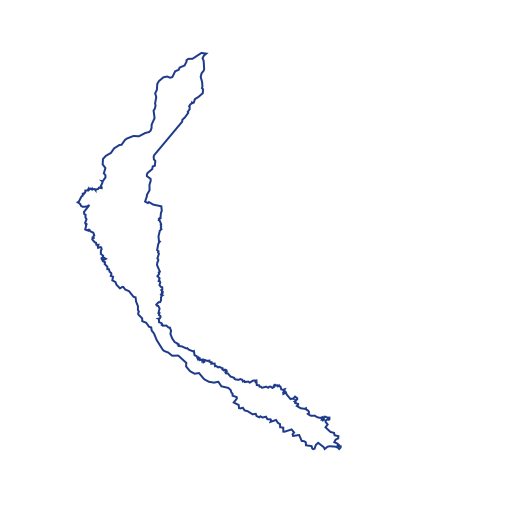 outline of Restrepo, Meta, Colombia, rotated 37°
{"feature_id": "7082276B24108875707183", "entity_name": "Restrepo", "entity_type": "district", "adm_level": 2, "iso_a3": "COL", "parent_name": "Colombia", "parent_adm1": "Meta", "projection": "robinson", "projection_center": [-73.4, 4.296], "detail": "fine", "context": "isolated", "style": "outline", "palette": "blue", "viewbox_px": 512, "rotation_deg": 37, "n_neighbors": 0, "source": "geoboundaries", "source_scale": "gbopen_adm2", "svg_char_len": 6078}
<svg xmlns="http://www.w3.org/2000/svg" viewBox="0 0 512 512"><g transform="rotate(37 256 256)"><path d="M94.5,124.3L90.2,126.7L86.6,136.7L83.3,139.3L82.7,141.5L83.5,142.5L84.3,146.8L81.6,151.5L82.2,153.8L80.3,157.1L81.5,163.5L80.1,165.3L77.1,166.1L74.5,169.0L73.2,174.8L73.6,178.0L76.8,182.9L77.6,186.8L80.7,189.1L83.6,194.9L85.3,196.4L86.5,199.1L86.7,201.5L92.0,206.9L93.6,213.9L95.6,216.7L96.4,219.4L95.9,221.5L93.6,224.3L90.4,230.9L85.9,233.9L82.2,239.9L81.5,242.2L81.7,248.1L80.1,249.6L77.9,255.4L78.1,261.0L75.8,266.4L75.4,270.6L78.4,275.1L82.8,276.4L84.7,281.5L87.1,282.1L88.5,283.8L88.6,288.6L88.0,288.9L88.8,289.0L89.3,290.2L90.1,293.9L91.3,293.9L91.9,294.7L89.5,295.9L89.5,297.7L87.8,299.5L88.2,300.0L86.8,299.6L85.3,301.1L84.8,300.9L85.0,301.6L83.1,301.9L82.8,303.8L81.8,303.0L82.0,305.1L80.3,306.4L81.4,308.2L80.9,309.1L81.2,310.0L80.2,310.6L81.3,312.0L80.8,313.7L81.8,319.2L81.3,320.4L84.2,320.3L86.2,321.3L88.2,320.9L91.1,318.3L92.3,315.6L92.1,324.4L93.6,325.8L95.2,325.7L96.5,327.8L98.5,328.6L99.6,332.4L101.4,332.5L101.2,333.3L102.1,333.9L103.6,337.6L105.8,337.1L106.2,336.1L107.0,336.5L107.4,335.4L108.9,336.0L112.0,335.3L114.4,336.8L114.3,337.9L115.4,339.2L114.4,339.6L115.3,341.3L118.9,342.1L120.2,341.7L121.8,343.1L123.4,341.9L123.8,343.5L125.0,344.5L126.2,342.6L127.2,342.3L128.7,343.6L128.8,344.9L130.8,347.7L133.8,347.8L134.6,349.0L133.9,350.5L134.3,351.2L135.6,351.6L136.4,350.5L136.3,348.8L137.8,348.6L136.8,350.6L137.1,352.3L139.2,351.8L140.0,353.5L143.7,354.0L145.2,356.0L146.5,355.1L148.6,356.7L150.4,356.7L151.4,357.4L152.0,359.3L154.3,358.6L155.9,361.9L159.5,361.4L161.8,362.9L166.8,363.7L168.0,360.9L168.7,360.6L171.8,361.5L175.7,360.5L182.8,362.3L184.7,361.5L187.6,364.5L192.0,367.2L194.2,370.2L195.9,370.9L196.4,372.8L197.5,373.6L202.6,374.3L204.4,376.5L208.4,375.4L213.2,376.9L215.3,376.1L217.5,378.3L221.2,379.3L227.3,382.9L238.0,387.0L240.0,387.1L244.0,385.9L249.0,386.1L253.9,382.3L264.6,383.3L266.7,386.3L272.6,387.7L277.7,387.0L281.0,383.8L288.7,385.6L294.1,384.8L298.7,382.4L301.6,379.1L306.8,380.9L313.3,378.0L316.4,378.3L318.6,379.9L320.1,380.0L321.4,381.7L325.4,380.3L326.5,381.3L326.4,386.4L331.8,385.4L334.0,387.7L335.4,387.0L336.8,385.1L339.8,386.2L342.6,385.0L348.5,384.5L350.8,382.2L352.7,383.5L355.8,382.8L356.0,381.4L358.5,381.0L360.7,378.3L363.3,379.5L365.9,377.7L366.9,378.1L367.4,379.7L370.7,374.9L373.9,376.1L376.3,375.8L378.3,378.2L381.1,376.7L383.5,379.8L384.6,379.1L388.8,373.1L392.6,374.0L392.5,376.3L393.9,377.4L398.2,373.0L403.8,376.2L405.7,375.0L407.9,374.8L409.8,377.1L414.8,374.4L416.6,375.8L417.8,375.9L418.7,374.7L417.5,370.7L418.1,367.8L425.0,367.9L427.0,368.8L427.9,365.3L429.2,363.7L434.1,360.5L436.4,359.8L438.6,360.1L438.8,358.0L438.1,357.0L436.5,358.1L436.0,357.2L435.1,358.0L434.7,356.9L433.8,356.8L430.6,357.6L430.1,354.7L431.4,352.2L430.2,350.3L426.7,351.9L424.8,350.3L421.4,351.7L414.6,351.0L414.6,347.4L411.6,346.7L410.5,345.7L411.8,343.0L412.7,343.0L412.9,342.2L411.9,340.9L410.3,342.1L407.8,342.7L407.6,345.1L408.5,345.6L408.3,347.0L407.5,346.7L407.0,347.2L406.0,344.8L404.8,346.6L402.0,347.9L399.0,348.2L396.0,350.5L394.7,350.8L392.5,350.9L392.9,349.8L392.2,348.7L390.4,348.1L388.4,348.4L387.5,347.5L386.8,348.8L383.3,350.7L378.9,351.2L379.2,349.5L378.7,348.8L375.8,349.8L375.4,349.0L374.6,349.0L375.1,348.3L374.1,347.4L374.9,346.7L375.1,345.5L374.5,344.8L371.8,344.8L371.7,347.8L370.8,348.0L369.7,349.5L364.0,348.2L362.1,347.0L360.9,349.7L359.8,348.6L360.2,346.6L359.3,346.5L359.1,345.2L357.9,346.8L356.4,347.3L354.1,345.5L352.8,346.1L352.2,345.6L351.8,346.9L350.7,346.5L349.9,347.6L348.8,347.3L348.3,347.8L348.5,349.4L349.2,349.7L348.5,351.5L346.3,351.5L345.3,352.4L345.0,353.9L342.8,354.2L340.1,357.6L338.7,357.4L337.5,358.2L336.3,357.4L334.3,358.6L331.5,355.5L331.3,356.8L330.1,356.0L328.6,357.3L327.2,360.9L325.3,361.0L323.0,363.4L321.9,362.8L321.1,364.1L319.5,363.1L317.6,363.7L316.7,365.3L313.9,366.9L312.8,367.1L312.0,366.4L308.1,367.6L304.1,366.7L302.6,367.8L301.5,367.3L301.7,366.4L301.1,365.9L301.7,365.4L301.1,365.0L299.6,365.4L298.9,367.5L298.9,366.7L297.4,366.8L297.0,365.8L293.3,366.7L292.9,367.7L290.3,367.9L289.6,368.7L287.7,366.8L285.1,368.9L284.6,367.6L282.5,368.5L281.7,367.6L280.2,369.1L277.5,369.9L277.3,370.8L278.1,370.4L278.4,371.5L278.0,372.5L276.4,371.1L276.3,372.2L275.3,371.2L274.2,372.5L272.8,371.7L272.9,372.9L271.3,372.0L271.4,373.2L268.9,371.7L266.6,372.2L263.6,369.3L263.2,370.0L258.9,371.2L256.5,371.0L255.9,371.8L251.2,372.8L248.4,374.4L247.6,373.2L246.7,373.8L246.2,373.1L242.9,373.7L238.7,372.3L234.5,369.7L233.2,366.9L230.3,365.0L229.2,365.8L226.3,365.5L223.4,367.8L222.3,367.8L222.4,367.1L221.0,366.5L218.4,367.2L216.4,364.7L215.8,364.8L216.7,363.8L216.5,362.2L215.8,361.5L214.1,361.6L213.2,359.7L212.4,360.2L210.6,356.0L208.0,354.7L206.6,355.3L205.6,354.8L206.0,351.6L207.2,350.5L206.8,348.5L205.0,346.2L205.0,345.1L203.9,344.3L204.5,343.7L203.7,343.7L204.1,343.1L203.3,342.7L203.7,341.7L203.2,341.0L202.7,341.6L201.9,340.3L200.9,340.2L201.3,339.1L199.9,337.4L198.4,337.9L196.4,337.3L195.5,334.8L194.6,334.1L195.0,333.7L193.4,334.6L192.4,331.8L189.4,331.4L189.5,328.6L188.2,327.7L188.7,326.4L182.4,322.8L181.0,320.4L180.8,318.7L180.0,317.6L178.7,317.3L177.1,312.6L175.6,312.1L175.3,310.9L173.5,310.8L170.6,305.0L170.5,302.4L169.7,302.7L166.3,299.0L164.0,293.7L164.3,291.4L163.0,290.9L162.6,289.5L161.2,288.6L161.2,287.7L157.7,285.7L156.8,285.9L156.3,284.9L156.7,284.1L156.2,284.2L156.5,282.6L154.1,278.7L153.6,276.7L150.5,273.3L143.0,276.8L138.0,277.4L137.8,278.8L134.7,279.3L132.8,273.7L132.1,273.0L131.4,267.5L128.1,263.3L126.6,259.2L125.3,257.8L120.9,257.9L120.0,257.0L119.4,255.1L120.8,249.0L119.6,246.6L120.9,244.8L118.4,240.7L116.3,240.3L114.5,238.3L114.0,236.7L116.2,193.2L115.2,191.4L115.8,188.2L115.7,182.5L114.8,182.0L114.7,178.9L113.3,176.8L112.5,176.7L112.3,174.5L112.8,172.8L112.5,171.9L113.4,172.0L114.0,170.9L112.8,167.5L114.3,163.6L115.5,158.0L113.4,154.7L111.8,154.5L111.3,153.0L108.4,149.6L104.0,146.2L102.6,142.9L102.7,139.5L102.1,137.9L96.7,131.6L94.3,130.2L93.8,127.3L94.5,124.3Z" fill="none" stroke="#1e3a8a" stroke-width="2"/></g></svg>